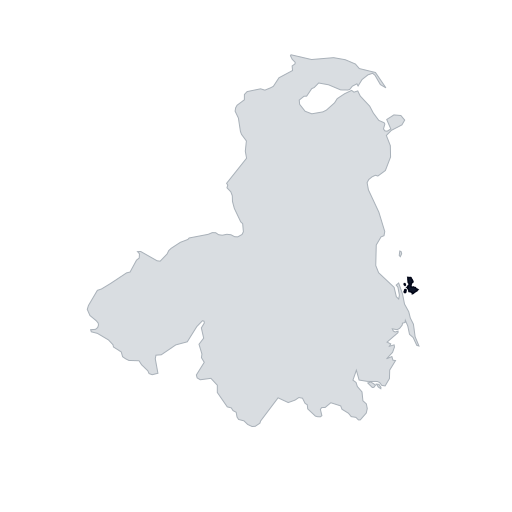 Nueva Esparta highlighted on a map of Venezuela, rotated 75°
{"feature_id": "VEN-48", "entity_name": "Nueva Esparta", "entity_type": "State", "adm_level": 1, "iso_a3": "VEN", "parent_name": "Venezuela", "parent_adm1": "", "projection": "robinson", "projection_center": [-64.068, 10.956], "detail": "fine", "context": "in_parent", "style": "filled", "palette": "ink", "viewbox_px": 512, "rotation_deg": 75, "n_neighbors": 0, "source": "natural_earth", "source_scale": "10m", "svg_char_len": 5050}
<svg xmlns="http://www.w3.org/2000/svg" viewBox="0 0 512 512"><g transform="rotate(75 256 256)"><path d="M436.2,190.1L441.3,197.7L440.8,199.5L437.7,201.3L435.8,205.6L431.8,207.4L426.3,212.6L422.7,213.0L417.1,221.7L420.2,228.4L419.4,231.8L420.8,233.5L427.3,233.7L428.0,235.5L427.1,238.3L426.0,240.1L417.1,245.6L412.9,245.0L411.1,246.7L405.4,247.9L403.8,251.2L405.3,255.6L405.9,262.8L398.7,271.4L416.6,294.3L418.5,295.5L420.3,300.8L419.7,303.9L416.6,307.6L412.1,310.3L409.4,315.1L406.7,316.0L401.8,315.6L399.4,318.2L396.3,319.2L394.3,322.8L377.8,328.7L370.8,326.8L362.5,331.2L361.1,341.9L358.5,344.4L355.5,344.4L345.3,333.5L340.1,335.0L336.7,333.6L326.5,333.9L321.8,327.8L311.3,327.4L307.3,323.2L305.5,323.1L304.7,324.5L308.8,331.4L321.1,344.6L321.1,356.5L326.9,373.1L325.9,378.3L329.2,379.9L343.9,381.1L343.8,387.0L341.9,389.7L338.9,390.2L331.4,394.7L326.9,396.1L324.0,405.8L321.5,408.6L318.8,410.9L313.8,411.0L307.0,417.2L304.7,417.1L298.9,420.2L289.7,429.2L286.6,434.7L284.4,434.8L285.3,430.0L284.1,427.4L281.9,426.0L279.9,425.8L277.3,427.0L270.5,431.8L263.9,432.8L260.4,430.6L248.1,418.1L247.9,413.9L245.0,403.9L238.8,385.4L238.9,381.8L229.1,372.5L227.7,369.3L223.7,368.0L221.1,369.3L221.8,366.2L235.0,352.8L236.2,349.9L231.0,341.3L228.2,338.9L226.6,335.9L223.2,325.5L222.4,317.6L221.3,315.9L222.7,296.5L222.1,292.2L223.1,288.9L225.7,286.7L227.2,283.2L227.5,278.5L229.0,274.7L231.8,271.7L232.8,268.7L231.6,263.9L229.3,261.9L221.3,260.5L219.1,261.9L204.5,264.6L197.2,264.6L191.7,263.3L187.5,263.7L182.6,266.4L180.2,264.9L178.2,265.6L159.1,239.8L152.0,239.2L142.4,235.5L134.8,238.5L131.7,238.8L118.2,237.3L110.7,238.7L107.6,237.3L105.5,235.3L102.1,226.8L97.0,225.4L94.9,222.0L95.7,208.3L98.1,204.5L97.3,198.3L96.6,195.3L89.8,187.7L86.3,172.7L81.8,171.9L80.5,168.6L79.1,168.0L75.4,170.1L71.5,170.9L70.7,170.1L80.6,151.5L84.5,129.7L89.5,119.0L96.3,110.3L101.7,107.7L109.7,93.1L127.2,87.0L122.6,91.5L112.2,94.3L109.7,96.1L110.0,101.0L113.0,107.9L118.2,113.4L115.8,114.0L116.9,119.0L119.4,122.4L119.4,124.5L117.5,131.2L109.4,141.6L105.1,150.7L108.3,156.1L108.8,158.9L114.7,165.7L114.1,168.3L116.6,173.9L120.8,174.6L128.9,171.1L133.1,165.3L134.1,154.1L133.3,150.2L128.4,140.5L125.0,136.8L122.2,128.4L120.8,120.8L123.1,119.0L122.9,115.0L128.5,113.9L140.7,107.4L148.2,105.7L156.8,102.3L160.5,97.7L161.9,97.4L166.3,100.0L168.5,99.1L169.4,97.0L168.2,92.9L158.0,94.4L155.4,86.3L157.8,79.7L163.2,77.2L167.1,81.1L169.7,92.8L173.3,98.9L184.2,97.7L195.2,100.4L206.9,108.9L210.3,117.6L208.9,119.8L209.6,123.5L211.3,127.3L213.9,129.7L221.2,130.3L245.4,126.0L265.7,125.3L269.5,127.1L269.9,130.3L276.5,137.0L296.2,142.8L303.9,141.9L322.0,130.7L331.7,131.0L334.5,129.3L330.9,127.6L322.8,127.0L320.4,128.1L319.0,125.2L330.6,124.3L340.9,125.0L349.3,122.9L355.9,123.0L362.6,121.6L375.2,123.2L385.1,121.9L384.0,123.8L375.4,125.3L371.4,128.0L362.9,127.5L356.8,128.4L358.8,129.2L358.8,132.0L360.5,132.6L363.1,136.0L363.7,138.8L361.6,143.2L364.0,142.8L365.4,141.3L365.4,138.2L366.8,138.7L373.1,151.7L375.8,148.6L377.7,150.5L377.6,145.6L379.7,145.8L384.4,149.0L389.1,156.5L388.3,150.8L392.1,150.7L393.1,148.3L400.8,156.4L408.9,158.8L414.9,164.9L413.6,167.9L410.1,169.4L408.6,171.3L405.9,181.0L402.5,188.5L392.3,188.6L401.0,194.5L404.0,192.1L408.3,191.9L414.7,188.8L423.5,190.2L427.4,187.7L432.1,188.0L436.2,190.1ZM331.2,109.8L332.1,113.9L329.4,117.4L325.6,117.5L322.7,115.1L321.1,115.7L316.1,114.4L317.6,112.2L321.3,111.2L324.0,113.7L326.3,113.8L326.9,111.7L330.0,108.7L331.2,109.8ZM413.1,177.7L407.6,180.9L407.4,177.7L411.6,173.9L413.4,176.2L413.1,177.7ZM294.0,116.8L292.5,117.5L288.4,115.8L289.3,114.7L291.5,114.7L294.0,116.8ZM414.2,171.8L410.9,172.8L411.8,170.5L415.2,169.3L416.5,169.8L414.2,171.8Z" fill="#d9dde1" stroke="#a8b0b8" stroke-width="1"/><path d="M331.3,109.6L331.4,110.3L331.8,111.4L331.9,112.0L332.8,113.8L332.9,114.7L332.1,114.5L332.0,115.1L332.1,115.3L331.7,115.0L331.4,114.9L331.3,115.0L331.2,115.2L330.6,115.8L329.9,117.4L328.3,117.2L327.8,117.3L326.0,118.0L325.5,118.3L325.6,117.4L325.1,117.3L324.5,117.3L323.9,116.1L323.4,115.6L322.7,115.2L322.3,114.9L321.6,115.6L321.0,115.8L319.0,115.5L318.8,115.4L318.7,115.4L317.9,115.3L317.6,115.3L316.5,114.9L316.0,114.9L316.6,113.2L316.7,112.9L316.8,112.2L317.0,111.9L317.4,111.9L318.0,111.9L318.3,111.8L318.5,111.7L318.9,111.4L319.1,111.3L319.7,111.5L320.4,111.1L321.1,111.0L321.7,111.1L322.0,111.6L321.9,112.0L322.0,112.4L322.2,112.8L323.1,113.1L324.1,113.9L324.7,114.0L325.8,114.2L326.2,114.0L326.6,113.4L326.7,113.1L326.6,112.1L326.8,111.8L327.2,111.5L327.4,111.3L327.5,110.9L327.5,110.7L327.8,110.2L328.0,110.1L328.6,110.1L328.9,110.0L329.3,109.6L330.0,108.6L330.4,108.3L330.5,108.8L330.8,109.1L331.1,109.4L331.3,109.6ZM327.8,119.8L328.3,120.1L329.1,120.4L329.8,120.8L330.0,121.5L329.6,122.1L328.9,122.2L328.3,121.8L328.3,121.3L327.6,121.2L327.2,121.1L327.0,120.8L327.0,120.4L327.2,120.1L327.4,119.9L327.8,119.8ZM322.5,119.2L322.8,119.3L322.9,119.7L322.3,120.1L321.6,120.2L321.1,119.9L321.2,119.4L321.6,119.2L321.9,119.2L322.4,119.3L322.5,119.2Z" fill="#0f172a" stroke="#020617" stroke-width="1.5"/></g></svg>